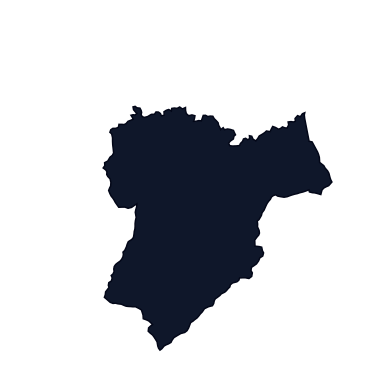 outline of São Pedro do Turvo, São Paulo, Brazil, rotated 226°
{"feature_id": "56859067B64478700052962", "entity_name": "São Pedro do Turvo", "entity_type": "district", "adm_level": 2, "iso_a3": "BRA", "parent_name": "Brazil", "parent_adm1": "São Paulo", "projection": "orthographic", "projection_center": [-49.764, -22.69], "detail": "fine", "context": "isolated", "style": "filled", "palette": "ink", "viewbox_px": 384, "rotation_deg": 226, "n_neighbors": 0, "source": "geoboundaries", "source_scale": "gbopen_adm2", "svg_char_len": 4043}
<svg xmlns="http://www.w3.org/2000/svg" viewBox="0 0 384 384"><g transform="rotate(226 192 192)"><path d="M145.2,72.9L142.3,73.7L137.5,71.3L134.7,68.9L131.9,70.3L129.4,71.3L126.4,71.5L124.0,71.5L124.4,69.1L124.4,66.4L122.3,63.8L119.6,63.9L116.5,64.3L113.7,63.9L108.5,62.8L105.0,60.4L102.8,59.4L100.5,59.1L100.2,61.4L100.6,65.0L100.0,67.3L99.1,69.5L98.4,72.4L99.2,74.5L99.8,77.8L99.0,81.5L98.0,85.6L96.0,89.2L95.7,92.1L96.5,95.0L98.1,98.4L99.0,100.4L98.4,103.0L98.3,105.2L97.9,108.1L98.1,110.6L98.5,113.1L98.6,116.1L99.4,119.9L98.0,124.2L96.0,127.7L96.7,130.1L98.4,132.6L99.0,134.7L98.6,136.8L98.2,140.2L98.4,142.3L97.2,146.0L97.1,148.1L97.4,150.9L97.4,153.2L98.6,155.1L98.4,158.0L96.2,161.9L96.0,164.3L97.1,166.6L95.4,168.5L93.2,170.8L90.2,172.9L89.8,176.3L91.9,179.2L94.6,179.9L96.5,182.5L96.0,185.1L95.5,188.4L96.2,192.1L97.5,195.1L96.8,198.4L98.5,201.2L100.9,201.9L103.9,203.8L106.1,202.4L109.3,199.7L112.0,202.1L113.8,203.7L114.4,207.1L114.7,210.2L115.6,212.0L117.8,213.6L121.4,214.9L123.4,217.0L125.8,218.8L125.6,221.0L126.9,225.6L128.4,228.0L128.9,231.2L130.8,235.9L131.6,238.1L132.1,240.7L132.3,243.3L133.2,245.7L132.9,248.1L131.9,250.2L129.5,250.8L127.2,252.4L124.3,254.6L122.5,257.2L120.9,260.9L119.2,264.2L117.6,266.8L116.6,269.0L114.9,271.9L113.5,274.9L112.4,277.6L110.5,276.5L107.9,278.1L106.1,279.7L104.2,280.9L100.7,282.9L103.1,286.8L103.3,289.5L102.7,291.8L101.6,294.7L102.0,299.6L104.4,300.3L106.5,301.3L110.4,303.5L113.0,304.2L116.8,304.4L119.3,305.1L124.6,304.4L128.5,307.7L131.1,309.1L133.5,310.1L144.6,313.2L147.2,311.5L166.7,324.2L169.4,326.3L170.7,328.2L171.6,325.8L170.9,322.2L173.6,321.0L173.3,317.2L171.0,315.4L172.0,313.5L173.8,312.2L175.6,309.8L173.1,308.1L172.0,304.8L173.6,303.4L176.0,302.3L176.2,299.9L177.0,297.9L180.4,296.9L183.1,295.6L182.3,293.1L181.2,290.1L184.2,287.9L184.2,285.7L184.7,282.9L185.6,279.3L184.8,276.4L184.4,273.4L187.6,272.6L190.6,273.7L192.6,272.4L190.3,270.5L191.1,268.3L193.4,267.9L194.4,265.9L193.3,263.5L193.3,260.6L192.4,258.5L194.2,256.1L197.0,253.0L199.1,251.3L201.7,252.3L202.0,254.9L201.4,258.6L203.0,260.9L202.9,263.0L205.1,263.7L207.5,264.6L210.3,263.1L212.6,261.4L214.3,258.6L216.6,259.1L217.0,255.9L218.8,256.8L221.5,257.5L223.7,258.9L226.3,259.0L229.3,258.9L232.0,259.6L234.0,257.8L235.3,255.8L237.8,255.0L239.3,253.3L237.9,250.6L236.7,248.2L238.8,246.3L240.0,244.2L241.7,242.2L243.2,244.9L244.8,247.1L247.5,245.5L249.2,242.6L252.4,242.4L255.1,244.0L257.3,246.0L258.4,242.8L261.7,242.2L262.5,239.4L264.7,237.6L266.2,235.5L264.6,233.4L267.5,232.6L268.6,230.4L269.2,227.6L266.6,225.4L268.0,222.9L270.4,223.8L272.8,223.4L274.6,221.7L274.0,219.0L276.1,216.7L277.1,212.4L278.8,209.5L280.8,208.6L282.9,209.1L284.3,211.1L286.1,212.1L288.5,212.8L290.8,210.9L293.1,210.6L294.2,208.7L291.8,207.1L288.8,206.9L286.7,206.9L287.0,204.5L288.5,203.3L289.6,201.4L287.2,200.9L285.2,200.3L286.1,197.9L287.3,195.1L287.0,192.0L287.7,190.0L289.2,188.7L291.4,186.5L289.7,184.1L290.6,181.6L292.8,179.2L293.2,176.8L292.0,174.4L289.7,174.6L287.8,173.5L286.2,172.5L283.7,170.1L281.2,167.9L279.1,166.3L276.9,164.6L274.5,162.7L273.7,160.1L274.0,157.2L272.8,152.9L273.8,149.5L271.5,147.6L271.0,144.8L267.8,145.3L265.7,144.9L263.8,142.8L261.6,142.2L258.4,142.2L255.2,140.3L252.8,137.6L252.2,135.7L251.0,133.1L247.8,131.8L245.2,131.0L242.8,130.8L240.6,130.4L237.7,129.6L234.5,129.1L231.9,128.7L229.7,131.2L227.8,133.2L224.7,134.7L222.9,137.8L222.4,141.0L221.8,144.1L219.9,142.0L218.2,139.1L216.8,137.1L214.3,135.4L212.5,134.2L210.7,131.4L208.8,129.1L206.8,127.2L205.1,125.3L203.7,123.0L201.9,120.9L200.0,118.3L199.7,115.7L200.5,111.7L199.4,109.0L198.1,106.7L196.7,103.0L196.7,100.6L194.9,99.4L193.4,97.4L192.5,94.8L192.2,92.6L192.7,89.1L192.9,86.7L192.4,84.3L190.9,82.2L188.9,80.7L187.9,78.1L188.1,75.9L185.6,74.9L184.0,72.2L184.6,69.2L183.0,67.0L181.0,66.0L180.7,63.9L180.2,60.5L178.3,58.2L177.1,55.8L174.4,56.1L169.5,56.5L166.7,57.8L165.2,59.7L163.1,61.0L160.4,63.2L157.5,64.4L155.6,65.3L154.0,66.6L152.2,68.3L150.3,69.9L148.8,71.6L145.2,72.9Z" fill="#0f172a" stroke="#020617" stroke-width="1.5"/></g></svg>